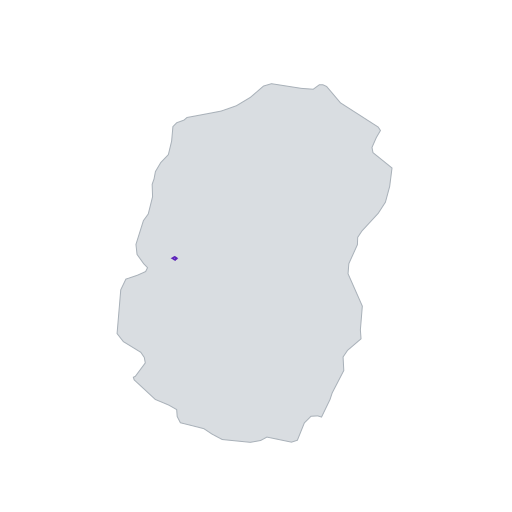 Čair on a map of North Macedonia (Natural Earth projection), rotated 299°
{"feature_id": "MKD-2913", "entity_name": "Čair", "entity_type": "Municipality", "adm_level": 1, "iso_a3": "MKD", "parent_name": "North Macedonia", "parent_adm1": "", "projection": "natural_earth1", "projection_center": [21.435, 41.994], "detail": "fine", "context": "in_parent", "style": "filled", "palette": "violet", "viewbox_px": 512, "rotation_deg": 299, "n_neighbors": 0, "source": "natural_earth", "source_scale": "10m", "svg_char_len": 1372}
<svg xmlns="http://www.w3.org/2000/svg" viewBox="0 0 512 512"><g transform="rotate(299 256 256)"><path d="M232.5,140.4L240.5,141.4L257.7,136.8L268.4,130.4L273.9,129.5L281.1,127.1L291.6,127.4L302.2,130.2L315.6,126.5L328.9,120.6L334.2,122.1L339.9,127.1L343.7,128.5L365.8,155.2L377.9,166.0L392.1,174.2L408.3,180.2L414.2,186.0L424.6,214.4L429.6,225.2L436.5,228.4L438.2,231.5L438.5,235.6L430.9,255.6L428.0,300.4L426.1,304.0L418.0,303.8L407.2,304.8L403.1,308.2L398.9,332.3L381.6,339.2L365.8,343.1L352.6,342.2L329.2,336.5L321.6,335.9L315.1,339.2L294.3,340.9L285.1,345.1L263.7,373.3L242.0,383.1L234.5,388.0L217.9,381.8L209.9,381.1L198.4,388.3L173.2,389.0L166.4,390.3L146.9,391.4L146.1,387.5L142.5,381.8L133.5,379.2L114.9,381.5L110.4,377.3L102.9,353.3L96.9,349.5L90.3,341.4L79.1,315.4L78.9,304.0L79.7,294.1L73.5,270.7L77.4,264.9L83.2,261.1L83.3,251.8L81.7,237.5L88.6,209.5L90.5,207.5L92.2,208.8L108.8,211.0L113.1,207.5L115.9,202.0L116.8,181.5L120.8,172.1L160.9,154.1L172.7,153.4L181.8,161.7L188.9,167.0L193.2,166.8L194.8,161.5L199.7,151.2L207.9,145.4L232.3,140.4L232.5,140.4Z" fill="#d9dde1" stroke="#a8b0b8" stroke-width="1"/><path d="M213.4,183.8L213.7,184.0L215.2,184.8L215.9,185.3L215.9,186.2L215.7,187.9L215.4,187.7L214.8,187.9L214.4,187.1L213.7,187.1L213.3,187.2L213.2,186.4L213.3,185.7L213.4,184.3L213.4,183.8Z" fill="#8b5cf6" stroke="#5b21b6" stroke-width="1.5"/></g></svg>